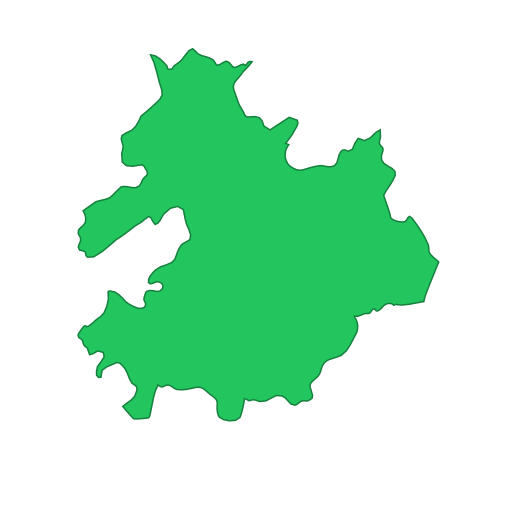 Hidalgo, Mercator projection, rotated 194°
{"feature_id": "MEX-2730", "entity_name": "Hidalgo", "entity_type": "State", "adm_level": 1, "iso_a3": "MEX", "parent_name": "Mexico", "parent_adm1": "", "projection": "mercator", "projection_center": [-98.728, 20.492], "detail": "fine", "context": "isolated", "style": "filled", "palette": "green", "viewbox_px": 512, "rotation_deg": 194, "n_neighbors": 0, "source": "natural_earth", "source_scale": "10m", "svg_char_len": 6127}
<svg xmlns="http://www.w3.org/2000/svg" viewBox="0 0 512 512"><g transform="rotate(194 256 256)"><path d="M232.7,114.8L232.2,110.2L232.0,101.0L232.2,98.2L232.5,95.5L236.0,91.7L241.7,89.7L247.8,89.4L252.7,90.8L253.8,92.0L254.7,93.3L255.5,94.8L256.1,96.4L257.0,98.9L257.5,101.5L258.1,104.2L259.2,106.4L261.1,108.0L263.6,109.2L266.2,110.3L268.4,111.3L271.9,113.1L275.1,114.6L278.4,115.1L282.0,114.2L286.6,111.9L291.3,109.7L296.0,108.1L301.0,107.3L304.0,108.1L306.9,109.2L308.4,109.5L310.0,109.5L311.4,109.0L312.8,108.3L314.3,106.8L316.0,106.1L317.9,106.3L319.9,107.2L321.1,100.3L321.2,93.0L320.8,85.6L320.4,75.8L320.5,74.1L321.3,72.9L323.5,72.0L329.2,70.0L332.1,69.1L334.9,68.4L336.0,68.8L339.3,71.0L342.5,73.2L348.9,77.8L345.5,82.2L342.1,86.2L339.7,90.7L339.1,96.6L339.3,98.1L339.8,99.4L340.6,100.4L341.7,101.2L345.5,102.5L348.9,106.1L352.1,110.6L355.2,114.4L357.5,116.2L359.9,117.9L362.4,119.1L365.1,119.0L369.2,116.0L374.1,112.2L377.6,108.0L377.4,103.9L377.1,100.8L379.3,100.1L381.8,101.7L382.8,105.1L383.1,110.4L380.7,116.2L378.9,121.5L380.9,125.5L386.6,125.6L390.4,121.8L393.6,120.0L397.5,126.0L399.7,126.8L401.3,127.9L402.6,129.5L403.8,131.8L405.0,133.0L406.7,133.4L408.4,134.2L409.6,136.3L409.2,138.3L408.1,141.4L406.8,144.6L405.7,146.5L404.8,147.0L403.9,146.8L403.1,146.6L402.4,146.7L401.3,147.7L400.1,149.1L398.9,150.7L397.7,152.3L396.5,154.3L395.1,156.1L393.7,157.9L392.1,159.6L389.7,164.1L388.6,171.1L388.8,178.3L390.2,183.6L390.8,184.8L390.8,185.7L390.2,186.4L389.0,186.8L384.2,186.9L379.7,185.3L375.5,182.9L371.3,180.1L368.9,179.1L366.4,178.3L363.8,177.6L361.2,177.2L358.5,176.8L355.3,177.2L352.5,178.5L351.2,180.9L351.7,183.3L353.1,185.0L354.3,186.8L354.5,189.4L354.3,191.8L354.2,193.7L353.5,195.2L351.1,196.7L348.7,197.3L346.1,197.5L343.5,197.7L340.9,198.6L338.8,201.7L339.1,204.7L341.2,206.8L344.6,207.4L347.2,206.3L349.5,204.5L351.7,203.4L353.9,204.2L354.5,207.8L353.6,211.6L351.9,215.2L350.0,218.3L346.0,222.4L340.9,225.7L336.3,229.2L333.9,233.4L333.5,237.1L333.1,241.1L332.4,245.0L331.2,248.4L329.8,250.4L327.8,252.3L325.8,254.1L324.1,256.0L324.5,260.7L327.5,265.4L331.2,270.2L333.7,274.8L337.7,283.4L343.9,285.2L350.6,281.6L355.8,274.1L356.8,270.8L357.7,267.3L359.1,264.2L361.6,262.2L364.7,264.8L367.2,267.7L369.7,268.4L373.1,264.4L375.3,261.3L380.6,255.9L382.9,252.9L389.0,245.3L392.2,241.6L395.5,238.1L400.1,231.6L406.4,223.0L413.3,215.9L419.4,214.1L419.9,214.4L420.4,214.8L420.9,215.2L421.2,215.7L422.8,218.8L425.7,219.1L428.7,219.1L430.6,221.6L430.6,223.9L430.2,226.1L429.9,228.3L430.5,230.5L431.2,231.8L433.2,233.9L434.0,235.1L434.5,238.2L433.1,241.0L431.2,243.6L429.9,246.5L429.9,249.8L430.9,252.9L432.7,255.7L434.7,258.1L429.0,264.7L426.8,267.3L424.6,269.9L420.8,272.0L416.3,274.3L412.2,277.0L409.9,280.2L408.4,282.8L403.8,290.2L401.5,291.4L398.4,292.0L392.0,292.5L390.6,292.9L389.1,293.3L386.1,295.8L385.1,299.1L384.5,302.8L382.7,306.2L381.3,308.2L381.5,310.4L382.7,312.5L384.6,314.1L385.8,315.5L387.1,316.5L388.6,316.8L390.3,316.3L397.3,313.3L403.6,312.3L408.5,314.8L411.0,322.7L411.2,328.1L411.3,329.9L413.3,333.7L415.1,337.1L415.2,340.5L411.7,344.1L407.0,347.9L404.2,352.6L402.5,357.9L401.3,364.0L399.7,366.2L396.5,370.5L395.1,372.7L394.0,374.1L393.1,375.6L390.0,380.2L387.2,384.8L386.0,389.4L387.5,394.1L392.2,401.9L396.9,410.6L401.7,418.9L407.0,425.7L402.0,425.8L397.4,424.3L393.0,421.9L388.8,419.2L388.0,418.3L387.4,417.1L386.8,416.2L385.9,416.0L382.9,417.1L382.2,417.9L382.2,419.0L381.3,420.9L379.6,422.9L377.9,424.9L376.3,427.0L375.0,429.5L373.0,434.3L370.6,439.2L367.6,441.8L363.6,439.6L361.1,438.1L357.1,437.3L352.9,437.2L348.9,436.9L345.1,435.9L344.1,435.2L340.3,431.6L337.5,432.9L334.7,435.8L332.1,437.8L329.0,437.3L326.3,435.4L323.8,433.7L321.1,434.2L316.7,438.0L314.4,439.1L312.2,438.3L311.3,440.5L310.4,442.2L309.0,443.3L306.9,443.6L307.3,442.4L309.0,438.8L313.0,431.8L314.5,428.1L315.6,425.7L316.9,423.1L318.2,420.6L318.9,418.2L319.1,415.7L318.6,413.7L317.5,411.6L311.8,402.9L311.0,401.7L310.2,400.5L309.3,399.3L308.4,398.2L302.6,392.2L301.2,390.3L299.5,389.1L297.6,388.8L295.5,389.6L290.3,391.1L286.3,391.0L282.9,388.8L279.7,384.0L272.9,381.7L265.4,389.9L257.3,398.6L248.8,397.7L248.1,396.4L247.4,395.0L247.5,393.2L247.8,391.3L248.3,389.5L248.9,387.7L249.9,383.7L251.3,379.9L254.5,372.4L253.7,372.4L252.0,372.0L251.1,372.0L251.9,369.8L252.5,367.6L252.7,365.3L252.5,363.0L252.0,360.2L251.0,357.8L249.5,355.5L247.7,353.4L246.8,352.7L245.9,352.1L243.9,351.0L240.7,350.1L237.5,349.5L234.3,349.8L231.2,351.0L227.2,353.4L223.0,355.8L218.6,358.0L214.4,359.6L211.0,359.8L207.8,360.0L204.7,360.8L201.7,362.6L200.1,366.0L199.9,369.9L199.9,374.0L198.9,377.9L197.7,379.6L196.0,380.3L194.0,380.3L192.1,379.9L188.3,382.8L187.3,389.5L185.3,394.9L178.6,394.2L173.8,398.2L169.4,405.1L166.0,408.5L164.0,401.7L163.9,397.2L163.5,395.1L162.3,393.7L160.7,392.7L159.4,391.8L158.6,390.5L158.3,388.7L158.6,383.3L157.2,379.4L154.2,376.8L149.7,375.1L144.9,373.8L141.6,371.6L140.4,367.9L141.6,362.1L142.9,357.9L144.3,354.1L145.7,350.2L146.8,345.7L139.2,334.1L138.0,332.1L136.7,330.0L135.6,327.9L134.6,325.7L131.9,324.3L127.5,323.8L122.9,324.2L119.6,325.4L118.5,327.6L117.8,330.2L116.6,331.6L113.4,330.2L107.8,325.5L102.0,320.3L96.6,314.8L92.0,309.1L91.0,307.4L90.3,305.7L89.3,302.2L87.4,300.0L83.9,297.8L77.3,294.5L80.6,270.8L81.8,261.5L82.2,256.8L82.1,252.4L88.5,249.5L95.5,246.3L102.6,243.7L109.1,242.7L110.3,241.5L112.9,242.6L115.9,242.1L118.6,240.5L120.4,238.2L121.3,236.3L122.3,234.6L123.6,233.1L125.1,231.9L126.0,231.9L128.0,233.1L128.9,233.3L129.9,232.4L130.6,230.9L131.2,229.2L132.0,227.9L132.8,227.5L135.9,226.6L137.0,226.2L138.9,224.8L140.8,223.3L142.9,222.0L145.9,221.6L145.4,220.3L144.1,219.2L141.9,216.3L140.3,212.5L139.7,208.2L139.8,206.2L143.1,192.5L145.5,185.7L149.5,179.9L160.4,172.9L162.2,171.2L163.8,169.1L165.0,165.7L165.6,158.0L166.7,154.3L170.6,148.7L172.2,145.5L172.1,142.4L167.4,134.5L167.2,131.4L170.3,128.2L171.9,127.6L175.5,126.8L177.3,125.8L180.7,121.6L182.2,120.7L186.2,120.8L193.1,125.2L196.7,126.6L202.6,125.5L211.4,117.8L217.2,115.7L222.0,116.1L223.6,115.9L225.2,115.3L226.5,114.4L228.0,113.9L230.9,114.7L232.7,114.8Z" fill="#22c55e" stroke="#15803d" stroke-width="1.5"/></g></svg>